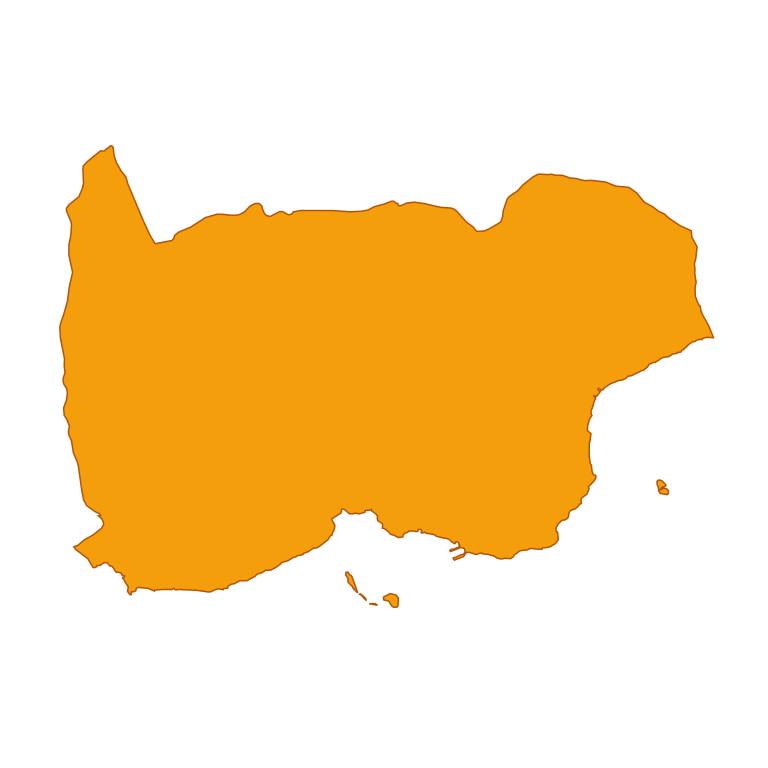 outline of Asseb, Debubawi Keyih Bahri, Eritrea, rotated 93°
{"feature_id": "51966322B31129292770878", "entity_name": "Asseb", "entity_type": "district", "adm_level": 2, "iso_a3": "ERI", "parent_name": "Eritrea", "parent_adm1": "Debubawi Keyih Bahri", "projection": "natural_earth1", "projection_center": [42.689, 12.973], "detail": "fine", "context": "isolated", "style": "filled", "palette": "amber", "viewbox_px": 768, "rotation_deg": 93, "n_neighbors": 0, "source": "geoboundaries", "source_scale": "gbopen_adm2", "svg_char_len": 6133}
<svg xmlns="http://www.w3.org/2000/svg" viewBox="0 0 768 768"><g transform="rotate(93 384 384)"><path d="M582.6,664.8L582.4,663.1L581.6,661.4L580.4,661.0L579.8,657.7L577.4,654.7L576.8,651.2L580.1,648.3L580.1,646.5L581.7,644.7L585.9,641.9L586.0,638.9L586.6,636.5L588.2,636.1L589.3,633.0L590.5,633.4L590.7,634.9L591.9,634.7L592.8,633.5L595.0,632.4L599.9,628.8L604.7,629.2L607.6,626.7L607.5,625.4L604.7,625.3L604.6,623.0L603.5,621.1L600.8,620.5L600.0,618.9L600.4,609.0L602.8,602.4L601.7,602.1L600.7,593.5L600.4,585.1L599.3,584.1L599.0,583.1L600.2,582.3L600.5,580.6L600.0,579.2L599.8,560.8L600.9,548.7L600.6,546.1L598.3,542.0L597.2,538.7L597.9,533.9L596.8,533.7L596.2,529.6L594.1,529.1L591.9,526.1L591.3,523.1L588.1,517.9L587.6,510.6L583.0,503.0L580.5,500.7L579.2,497.0L577.3,493.6L576.4,493.1L575.7,487.2L572.4,481.8L569.1,477.9L567.8,477.1L565.2,470.1L562.0,465.8L561.2,462.7L560.1,461.9L558.9,457.0L558.0,455.5L557.2,455.3L555.5,451.0L551.7,446.0L551.0,442.1L549.0,439.3L542.1,431.5L539.8,430.5L538.1,429.2L537.3,427.9L535.4,427.7L533.2,426.5L530.3,425.8L527.7,425.7L521.6,429.3L515.0,420.2L511.1,419.6L511.1,417.4L511.6,416.5L515.4,411.8L515.3,408.2L514.5,406.0L514.9,402.0L514.6,400.9L513.3,396.8L512.7,396.1L511.7,396.3L511.1,395.7L510.8,391.6L509.9,390.1L511.3,389.8L514.1,385.4L516.1,383.6L518.9,383.7L520.9,383.0L523.3,378.8L524.5,377.9L528.1,378.1L528.4,375.9L531.5,371.6L533.7,369.6L534.6,365.9L536.6,361.5L535.7,357.1L533.7,356.9L531.7,355.2L530.9,352.6L529.6,351.5L529.3,348.2L529.7,343.6L529.2,342.5L527.5,342.3L527.2,340.0L528.0,338.6L530.4,339.3L530.8,337.5L529.8,335.7L530.8,334.4L531.6,326.5L533.2,324.0L534.5,318.1L534.9,313.7L535.8,310.8L538.4,307.7L539.8,305.0L539.1,304.3L538.1,304.4L537.6,303.3L538.0,302.0L538.5,301.1L541.0,300.7L541.2,299.8L542.4,299.9L545.3,305.8L545.6,308.4L546.9,309.5L547.8,308.8L543.4,299.1L543.5,296.9L544.2,295.1L546.1,294.4L548.0,294.4L550.2,296.2L550.2,297.8L553.3,303.3L554.1,305.8L555.2,305.5L556.2,304.5L552.2,295.6L548.2,293.1L547.7,292.2L547.8,289.7L549.4,283.1L547.6,277.9L548.6,276.1L548.6,271.6L550.3,264.2L551.6,262.9L552.6,258.8L552.3,255.9L551.7,254.8L551.8,248.5L550.1,246.1L548.2,245.3L543.7,239.8L543.0,237.7L542.2,232.2L540.5,228.9L540.9,220.4L540.7,217.5L539.4,217.3L539.1,214.1L537.7,209.3L534.4,204.5L530.3,201.8L522.7,203.0L522.4,204.1L521.6,204.6L518.7,204.6L514.5,202.7L511.5,199.8L510.4,197.8L510.4,196.4L508.9,194.1L507.3,193.0L502.5,192.4L500.4,190.9L498.7,186.6L496.5,184.2L493.8,182.3L493.0,180.6L489.1,181.3L487.8,180.9L483.4,175.7L478.3,173.8L475.7,174.4L470.0,169.2L467.2,167.7L464.8,167.5L463.9,168.7L463.9,169.8L460.7,171.6L454.3,172.6L452.6,173.9L444.6,175.4L432.1,175.9L430.5,175.3L422.8,174.7L419.8,178.5L414.7,178.4L407.3,176.6L404.8,174.7L402.2,175.8L399.3,175.7L396.8,174.6L389.7,173.0L387.8,171.9L386.3,172.2L385.6,173.6L384.6,173.8L385.3,171.2L380.4,167.6L378.8,169.9L377.4,169.7L377.3,168.8L377.8,167.9L378.7,167.5L378.9,166.2L377.8,164.5L376.7,164.3L372.1,158.2L368.2,149.8L367.6,146.2L365.7,142.8L363.4,140.8L362.9,137.6L357.1,127.2L356.8,125.9L353.2,121.7L350.6,120.5L348.4,116.4L348.3,114.6L345.9,110.9L344.6,109.7L342.6,106.0L341.9,101.2L338.9,97.3L338.0,92.9L337.0,92.3L336.7,89.4L334.5,88.2L333.9,86.6L328.3,81.5L325.5,77.8L325.2,75.6L323.8,73.9L323.0,71.5L323.0,68.6L321.9,68.2L321.1,66.2L320.5,63.7L320.5,57.3L308.8,62.9L298.2,69.5L294.9,71.1L289.8,72.3L288.7,73.6L286.2,75.1L279.8,77.8L271.2,78.4L266.2,77.6L257.0,79.5L253.5,79.4L247.6,80.3L242.3,79.2L230.7,78.5L221.4,84.2L214.9,85.2L210.4,96.7L203.4,108.3L199.5,113.0L197.0,119.2L193.7,123.7L188.8,133.6L179.7,142.0L174.8,149.9L174.3,163.0L170.7,173.2L169.8,188.0L170.4,194.4L168.7,203.5L168.6,208.8L166.3,216.7L166.5,224.4L165.7,227.2L166.3,231.5L166.3,239.8L166.8,241.8L169.2,245.8L178.0,255.8L184.1,260.6L189.3,267.6L191.3,269.6L193.7,270.9L204.8,274.0L210.9,274.3L216.2,276.0L223.1,286.4L225.9,291.7L226.7,298.5L226.3,300.0L222.6,303.1L217.7,310.5L207.4,320.6L205.8,323.2L204.8,326.0L204.6,337.3L201.7,353.2L200.8,363.5L202.3,371.4L204.3,374.8L205.4,377.7L204.5,379.4L203.0,379.6L202.9,381.1L201.1,383.7L200.9,385.5L204.3,393.3L207.6,403.3L211.1,409.1L212.7,415.5L213.8,427.3L213.5,444.5L215.1,476.2L216.8,483.5L219.0,484.8L219.9,487.5L219.8,489.0L217.5,493.3L217.1,495.3L217.3,497.2L222.6,506.3L222.1,509.7L220.4,512.1L215.7,514.5L212.5,515.3L210.5,518.1L210.2,519.6L210.6,522.3L211.9,524.8L213.4,527.1L219.2,532.1L221.9,536.3L223.1,539.6L223.5,544.8L223.0,554.0L223.2,559.6L227.2,571.1L237.5,585.3L243.3,597.4L246.6,600.8L250.2,601.8L251.9,603.6L255.8,619.5L255.0,620.6L247.1,625.8L233.6,632.9L198.5,649.9L190.5,652.8L185.0,657.6L177.7,662.4L170.4,665.4L162.7,666.7L160.8,667.7L160.4,668.9L160.7,669.9L166.1,675.9L166.0,679.4L177.7,692.2L182.2,695.8L185.4,695.9L199.2,694.6L204.7,695.5L213.0,698.6L221.2,707.7L225.2,710.4L227.8,710.1L238.7,704.9L241.4,704.4L251.5,704.5L261.2,705.9L271.9,705.4L288.8,700.8L302.9,703.3L318.4,704.5L332.6,707.8L340.1,710.1L344.4,710.7L355.1,709.5L375.3,704.4L382.9,704.3L389.3,703.1L394.1,704.5L397.6,704.7L400.9,703.7L405.2,700.7L409.4,699.7L416.8,700.3L424.7,702.7L432.0,701.7L435.9,698.9L442.3,696.0L447.9,696.6L450.8,696.3L457.1,693.1L468.9,690.6L477.7,686.3L482.0,684.9L504.8,680.5L515.2,678.0L521.0,674.5L526.5,666.1L528.4,661.4L530.2,660.2L530.6,662.3L533.7,658.5L537.4,656.8L539.0,656.7L542.7,658.4L549.8,666.4L556.0,676.0L561.0,681.0L562.8,685.3L565.7,682.8L573.9,670.7L582.6,664.8ZM599.5,373.1L600.6,367.8L604.9,364.9L606.3,363.1L606.4,360.6L605.9,359.0L604.9,358.5L596.9,358.5L594.0,361.0L593.0,366.9L596.9,373.4L599.5,373.1ZM478.9,102.4L479.6,95.1L478.2,94.3L476.1,94.3L474.2,95.7L473.5,97.9L473.5,99.9L474.8,101.3L475.2,102.7L474.1,102.5L472.5,100.8L471.5,97.9L470.6,97.1L469.5,97.7L466.4,101.1L465.4,103.3L465.8,105.4L467.0,106.3L470.4,105.9L473.1,104.5L476.3,104.2L478.9,102.4ZM576.7,412.2L580.2,409.7L583.8,409.6L588.1,404.9L589.9,404.0L594.0,399.3L578.3,405.8L577.2,406.5L576.4,408.2L573.8,410.0L573.9,412.0L576.7,412.2ZM596.1,395.6L599.4,392.4L601.2,390.2L598.9,391.4L596.3,394.4L594.8,396.7L595.2,397.4L596.1,395.6ZM604.3,387.3L605.2,378.9L603.7,381.4L604.3,387.3Z" fill="#f59e0b" stroke="#b45309" stroke-width="1.5"/></g></svg>